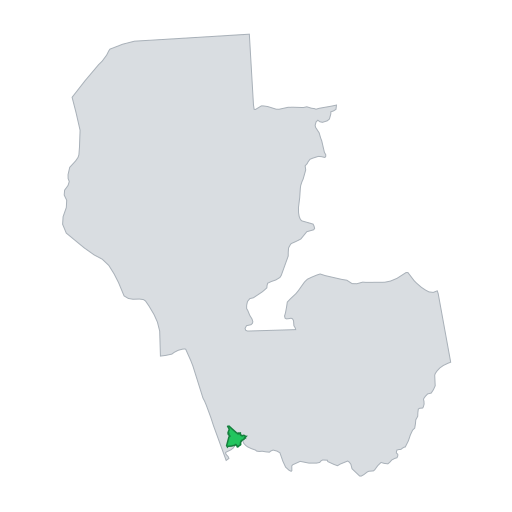 Chipata, Eastern, Zambia (highlighted), rotated 89°
{"feature_id": "96606910B12043083212801", "entity_name": "Chipata", "entity_type": "district", "adm_level": 2, "iso_a3": "ZMB", "parent_name": "Zambia", "parent_adm1": "Eastern", "projection": "albers", "projection_center": [32.554, -13.744], "detail": "fine", "context": "in_parent", "style": "filled", "palette": "green", "viewbox_px": 512, "rotation_deg": 89, "n_neighbors": 0, "source": "geoboundaries", "source_scale": "gbopen_adm2", "svg_char_len": 6262}
<svg xmlns="http://www.w3.org/2000/svg" viewBox="0 0 512 512"><g transform="rotate(89 256 256)"><path d="M354.4,353.3L329.4,353.6L320.4,355.7L312.9,358.9L304.1,363.9L299.0,367.3L297.6,369.3L297.0,373.4L297.1,379.8L296.2,384.4L293.6,388.6L280.2,393.9L271.4,398.2L262.9,403.3L256.5,409.8L252.1,417.8L244.9,427.6L229.8,445.3L220.9,448.8L213.4,448.2L204.2,444.8L197.0,444.3L191.7,446.7L186.8,446.2L182.2,442.7L178.3,441.4L175.3,442.5L171.4,442.5L164.1,440.7L157.8,434.7L154.3,432.2L151.7,431.3L144.2,430.6L127.2,429.7L109.6,433.4L94.1,437.1L77.8,423.9L61.9,410.0L58.5,406.4L52.5,401.8L48.3,399.6L46.6,398.4L41.9,385.6L39.1,373.8L34.1,258.8L104.8,255.9L109.3,255.3L109.5,254.0L106.0,248.0L106.1,245.8L106.8,241.6L109.6,233.2L109.7,230.4L107.9,221.4L107.9,216.3L108.4,206.1L107.7,202.6L109.2,198.0L109.7,194.9L110.3,193.5L109.4,190.1L107.5,178.0L106.5,172.9L110.8,173.5L112.3,176.0L113.2,178.7L115.2,178.7L120.3,180.2L122.1,182.4L123.5,187.2L122.9,189.8L121.3,191.8L123.0,193.6L126.4,194.6L128.4,194.2L134.0,190.7L139.2,189.3L141.9,188.3L153.6,185.8L155.9,184.5L157.5,184.5L158.7,185.4L157.8,188.9L157.5,192.0L159.2,197.7L160.3,200.4L162.8,202.3L164.6,203.3L166.7,205.3L170.8,204.8L179.8,207.5L182.6,208.8L186.4,210.1L189.1,210.5L198.5,211.3L208.3,212.7L213.4,212.7L217.0,212.2L219.5,211.3L221.0,210.3L221.7,209.5L225.1,198.4L227.0,197.5L229.4,196.9L230.8,197.9L232.6,204.8L239.8,210.9L242.3,216.1L244.2,220.6L245.8,221.8L248.5,223.3L252.8,223.7L256.6,223.8L275.8,231.1L277.9,232.5L280.3,236.6L281.8,241.2L283.4,244.8L285.8,245.5L288.0,245.7L290.2,248.2L291.9,250.3L297.7,259.3L298.5,262.9L301.3,265.3L305.0,266.2L308.4,266.3L310.3,265.2L315.2,263.3L318.9,261.1L321.7,260.3L323.3,260.8L324.6,262.2L325.5,266.7L328.2,268.2L330.1,267.6L330.9,265.8L330.9,264.9L330.3,217.6L328.6,218.0L326.4,219.3L321.4,219.6L319.4,220.6L318.8,222.1L319.2,224.1L319.4,226.7L318.7,228.0L316.5,228.5L313.3,227.5L307.4,226.3L302.6,225.5L299.1,222.0L294.3,216.7L291.2,214.1L283.7,208.6L282.4,207.5L280.1,205.0L278.1,200.6L276.1,195.5L275.1,192.2L276.8,187.2L280.9,170.7L281.8,165.6L285.3,160.4L285.5,155.7L284.0,149.8L284.3,146.5L284.5,127.8L283.4,121.9L280.8,115.4L275.2,106.3L275.2,104.4L283.5,98.3L285.9,96.0L290.2,91.2L293.1,87.0L294.9,83.7L295.5,79.4L294.0,75.4L296.8,74.5L365.6,63.2L366.6,66.0L368.7,70.6L371.1,74.1L374.1,77.0L376.6,78.8L378.3,79.4L388.9,79.1L392.7,80.9L396.1,83.2L396.9,86.8L399.1,89.0L401.5,90.8L402.5,91.0L404.2,90.6L407.0,90.5L409.7,91.3L410.9,92.0L411.1,95.0L411.9,96.4L415.4,96.9L419.1,97.1L422.6,99.1L426.4,99.5L430.8,100.3L432.9,102.5L437.6,104.8L443.3,106.8L449.6,110.1L449.7,111.1L450.8,113.1L451.9,114.5L452.0,116.6L452.5,118.5L454.1,119.0L455.4,119.1L456.7,117.7L458.3,117.7L460.2,118.6L460.8,120.8L462.3,123.8L464.6,125.9L466.1,127.8L465.6,131.4L464.6,134.6L467.7,137.9L471.8,141.0L472.9,142.3L473.2,146.9L473.8,148.4L476.6,152.2L477.9,154.7L477.8,156.2L470.4,163.7L465.8,164.8L463.8,166.3L462.6,167.9L465.5,175.4L467.1,178.2L465.7,181.8L462.8,187.8L461.4,188.3L461.1,192.9L462.0,194.6L463.5,195.9L464.1,199.0L464.0,206.7L462.1,215.4L465.4,223.0L466.5,223.9L471.2,223.9L471.9,224.6L470.8,226.7L467.6,230.1L461.7,232.7L453.2,235.5L451.5,238.3L450.3,242.3L451.3,244.7L452.4,246.0L452.0,249.5L451.3,253.2L451.5,256.1L451.1,258.7L450.0,260.0L448.6,263.8L446.7,267.7L445.3,269.5L443.2,271.4L439.9,272.9L439.9,273.7L443.7,275.5L444.7,276.7L445.0,277.6L443.5,279.6L445.2,280.8L447.3,281.8L449.3,284.4L451.6,289.3L452.0,289.8L452.7,289.8L453.9,289.3L456.2,287.3L457.9,286.6L459.9,289.4L424.8,301.5L416.6,304.0L404.3,308.3L400.3,309.9L397.1,311.5L364.6,321.1L359.5,323.0L348.0,327.9L347.7,328.7L347.8,330.9L348.9,335.4L350.9,339.5L352.6,341.8L353.8,347.9L354.4,353.3Z" fill="#d9dde1" stroke="#a8b0b8" stroke-width="1"/><path d="M436.7,286.3L445.1,288.7L445.7,288.3L446.5,287.9L445.8,287.3L445.8,286.8L445.7,286.6L445.7,285.7L445.6,284.0L445.6,283.8L445.4,282.9L445.2,282.5L445.1,282.3L445.1,282.2L445.1,281.3L445.1,280.8L445.1,280.7L444.8,280.5L444.7,280.3L444.5,280.1L444.4,280.0L444.2,280.0L444.1,279.9L444.2,279.3L444.4,279.3L444.7,279.2L444.8,279.1L445.1,278.7L445.2,278.4L445.4,278.3L445.9,278.3L446.0,278.3L446.5,278.1L446.6,277.9L446.6,277.7L446.5,277.4L445.9,276.6L445.0,275.9L444.9,275.4L444.9,275.2L444.4,274.7L443.8,274.5L443.3,274.6L443.2,274.7L443.0,274.9L442.8,274.9L442.4,274.7L442.1,274.7L441.7,274.4L441.3,274.4L440.7,274.0L440.3,273.9L440.2,273.7L440.4,273.6L440.2,273.5L440.0,273.4L439.9,273.3L439.9,273.2L439.9,272.9L439.7,272.7L439.6,272.4L439.5,272.1L439.4,272.1L439.3,271.9L439.3,271.7L439.2,271.6L439.1,271.4L439.0,271.2L438.9,271.1L438.7,271.1L438.4,271.1L438.2,271.0L438.1,270.9L437.9,270.8L437.9,270.7L437.7,270.6L437.7,270.4L437.7,270.5L437.7,270.4L437.5,270.2L437.4,270.0L437.5,270.0L437.4,269.9L437.2,269.9L437.3,269.8L437.2,269.8L437.2,269.7L436.9,269.6L436.8,269.4L436.8,269.5L436.7,269.5L436.6,269.4L436.6,269.5L436.5,269.4L436.6,269.5L436.5,269.4L436.4,269.4L436.2,269.3L436.2,269.2L436.3,269.2L436.2,269.1L436.2,269.4L435.9,269.8L435.9,270.0L435.4,270.6L435.2,270.9L435.2,271.1L435.1,271.3L435.1,271.8L435.2,272.1L435.3,272.5L435.5,272.6L435.7,272.9L435.6,273.1L435.1,273.8L434.9,273.9L434.9,274.3L434.8,274.5L434.6,274.5L434.4,274.6L434.2,274.6L434.0,274.8L433.9,274.9L433.9,275.0L433.7,275.0L433.4,275.0L433.4,274.9L433.1,274.8L433.2,274.7L432.8,274.7L432.8,274.8L432.7,274.8L432.8,275.2L432.9,275.5L432.8,275.9L432.6,276.2L432.6,276.3L433.1,276.6L433.1,276.8L433.3,276.8L433.5,276.9L433.6,277.0L433.4,277.1L433.2,277.1L433.1,277.3L432.9,277.5L432.5,278.4L432.2,279.0L431.6,279.4L431.4,279.6L431.2,280.0L430.9,280.2L430.8,280.4L430.4,280.8L430.1,281.1L429.9,281.3L429.1,282.2L429.0,282.4L428.9,282.4L428.0,283.4L427.8,283.6L427.7,283.7L425.9,285.6L425.7,285.7L425.7,286.8L425.6,287.0L425.6,287.4L425.6,287.5L425.4,287.7L425.5,287.6L426.7,286.8L427.0,286.7L427.3,286.5L427.4,286.4L428.6,285.9L428.8,285.8L429.3,286.0L429.6,286.0L429.8,286.0L430.0,286.1L430.2,286.3L430.3,286.4L431.0,286.6L431.7,286.9L431.8,286.8L431.9,287.0L432.0,287.0L432.3,287.0L432.5,287.0L432.6,286.9L432.6,287.0L432.8,287.0L433.0,287.0L433.3,287.0L433.7,286.9L433.8,286.8L433.9,286.6L434.0,286.5L434.3,286.5L434.6,286.2L434.7,285.8L435.6,285.2L435.8,285.6L436.0,285.9L436.2,286.0L436.7,286.3Z" fill="#22c55e" stroke="#15803d" stroke-width="1.5"/></g></svg>